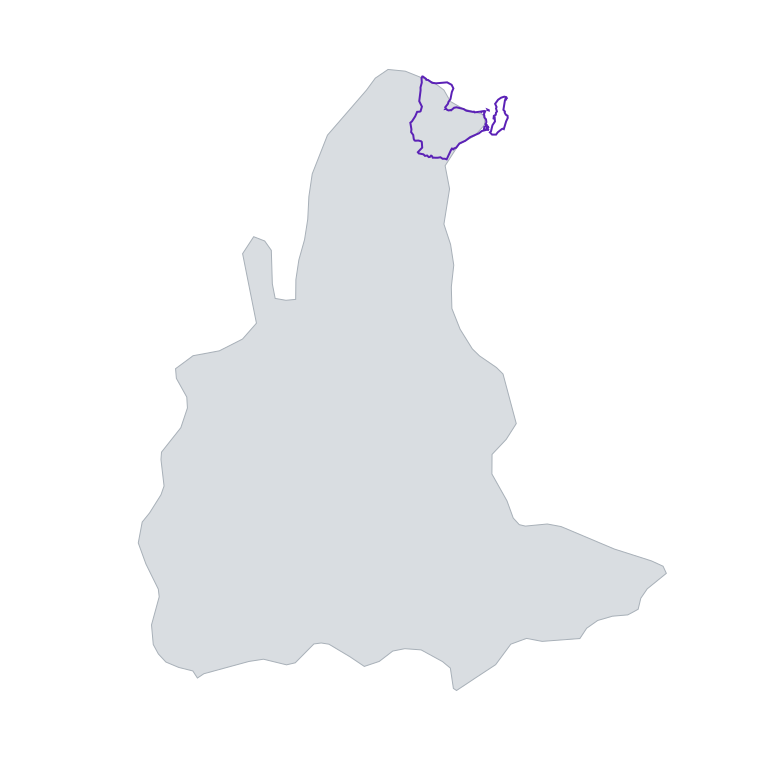 San Rafael del Yuma, La Altagracia, Dominican Republic shown in context, rotated 264°
{"feature_id": "3306468B72129908795789", "entity_name": "San Rafael del Yuma", "entity_type": "district", "adm_level": 2, "iso_a3": "DOM", "parent_name": "Dominican Republic", "parent_adm1": "La Altagracia", "projection": "equal_earth", "projection_center": [-68.667, 18.325], "detail": "medium", "context": "in_parent", "style": "outline", "palette": "violet", "viewbox_px": 768, "rotation_deg": 264, "n_neighbors": 0, "source": "geoboundaries", "source_scale": "gbopen_adm2", "svg_char_len": 3369}
<svg xmlns="http://www.w3.org/2000/svg" viewBox="0 0 768 768"><g transform="rotate(264 384 384)"><path d="M110.4,552.2L111.5,514.4L116.1,499.1L112.0,482.9L93.2,465.7L81.8,443.6L71.6,424.1L74.0,421.2L94.5,420.3L101.8,413.2L115.7,393.1L118.6,377.0L117.5,364.8L108.6,350.3L105.2,334.9L116.4,321.5L131.0,302.0L133.0,294.5L132.8,287.1L116.0,266.6L114.9,257.7L122.9,235.4L122.2,220.7L114.7,174.6L111.1,167.7L118.6,163.9L123.6,150.2L130.3,138.0L139.1,131.4L149.0,127.3L168.7,127.6L195.9,138.2L203.6,138.1L229.9,128.4L251.6,123.0L272.0,129.1L280.3,137.4L297.1,150.6L305.5,154.6L332.2,154.3L339.5,155.6L361.8,177.4L380.7,186.0L391.6,186.5L411.3,178.1L421.0,178.3L432.1,197.1L434.2,223.7L443.5,248.0L457.8,263.5L528.4,257.0L544.1,269.8L538.7,280.3L528.7,285.9L495.2,283.4L480.5,284.7L477.5,295.2L477.4,305.0L497.1,307.3L516.3,312.3L535.9,320.1L555.9,325.4L578.3,328.9L600.5,334.6L637.4,353.8L678.2,397.4L689.1,407.3L696.4,420.9L692.9,437.8L678.3,465.4L670.1,474.3L658.0,479.6L649.8,490.9L641.8,510.3L636.9,511.9L631.2,511.1L621.4,500.1L614.4,483.4L594.7,467.6L571.2,469.6L536.7,460.3L515.8,464.8L494.9,465.8L473.5,461.1L452.0,459.4L430.5,465.4L409.7,475.5L402.0,481.9L388.6,497.6L381.5,503.4L330.8,511.4L316.2,499.8L302.7,484.1L283.2,481.9L254.9,494.1L237.2,498.5L230.0,503.8L227.9,509.7L227.7,531.8L223.7,545.2L195.8,595.8L180.1,631.5L173.6,642.5L166.2,645.0L152.8,624.4L144.1,617.0L133.4,613.2L128.9,602.3L129.2,586.8L126.5,571.8L119.9,560.0L110.4,552.2Z" fill="#d9dde1" stroke="#a8b0b8" stroke-width="1"/><path d="M611.0,441.9L609.7,442.7L608.3,447.2L606.6,448.6L606.7,450.8L605.0,452.2L605.0,453.3L606.2,454.7L605.5,455.6L604.0,456.1L603.4,461.1L603.6,463.8L601.9,465.8L601.7,468.0L600.9,469.8L610.2,475.4L610.8,476.0L610.3,476.2L610.7,477.2L610.2,477.6L611.1,478.8L611.5,480.5L615.3,484.1L617.4,490.3L620.5,495.5L623.4,504.6L625.4,507.8L626.1,512.9L625.6,514.8L626.5,513.8L627.8,513.6L627.7,513.1L626.7,512.7L626.5,511.3L627.2,510.1L629.3,510.7L629.5,512.6L630.0,512.5L629.0,513.6L627.9,513.3L627.7,514.1L628.3,514.6L629.1,514.4L629.9,513.1L630.8,513.3L631.5,512.2L633.8,513.2L636.6,513.1L638.4,511.8L640.9,511.8L641.5,511.3L644.6,513.1L644.5,511.6L645.0,511.7L644.9,509.2L644.4,509.0L644.8,508.5L644.7,502.5L645.5,501.9L645.3,501.0L647.2,494.4L649.2,491.8L651.6,485.0L651.4,482.6L649.2,479.3L649.5,479.0L649.3,476.9L649.9,475.6L651.1,474.6L651.1,474.0L651.5,474.4L652.8,473.8L656.1,477.0L657.5,477.4L660.5,479.9L667.3,482.0L670.7,483.9L674.5,482.5L677.4,478.3L677.6,467.2L678.5,463.4L681.8,459.5L682.1,457.9L683.1,457.7L685.8,454.7L685.8,454.2L684.3,453.3L679.8,453.1L675.1,451.3L672.3,451.1L661.6,448.6L655.9,450.7L651.5,448.9L651.1,448.1L651.2,445.4L646.9,443.0L642.2,439.2L641.1,437.5L634.4,437.9L631.7,437.3L628.6,439.1L624.6,439.2L623.1,439.8L622.7,440.4L622.5,443.7L621.5,446.3L620.7,446.9L615.1,446.7L611.0,441.9ZM637.9,534.9L639.1,533.3L641.3,532.4L642.4,532.7L644.2,531.4L653.7,534.0L654.1,535.1L655.0,534.8L655.5,536.0L656.5,535.6L657.2,533.6L656.5,530.4L654.8,527.2L651.0,523.8L647.7,524.9L646.4,524.2L643.2,524.8L642.1,523.7L640.1,523.3L639.2,521.3L636.6,520.7L636.3,521.2L636.8,521.9L633.5,521.8L630.0,518.9L624.1,516.8L623.2,515.6L620.7,517.6L620.3,521.5L622.4,523.4L625.2,527.8L625.5,529.1L625.0,529.8L632.4,532.9L635.7,534.9L637.9,534.9ZM646.0,515.7L645.5,515.9L645.1,516.8L645.4,516.8L646.0,515.7Z" fill="none" stroke="#5b21b6" stroke-width="2"/></g></svg>